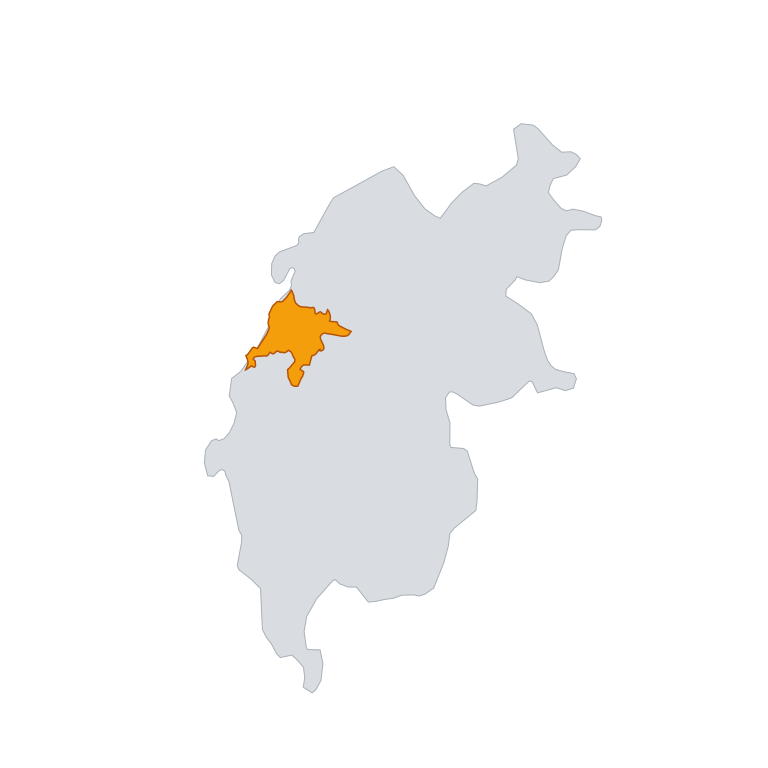 Aargau on a map of Switzerland (Robinson projection), rotated 303°
{"feature_id": "CHE-162", "entity_name": "Aargau", "entity_type": "Canton", "adm_level": 1, "iso_a3": "CHE", "parent_name": "Switzerland", "parent_adm1": "", "projection": "robinson", "projection_center": [8.112, 47.382], "detail": "fine", "context": "in_parent", "style": "filled", "palette": "amber", "viewbox_px": 768, "rotation_deg": 303, "n_neighbors": 0, "source": "natural_earth", "source_scale": "10m", "svg_char_len": 4643}
<svg xmlns="http://www.w3.org/2000/svg" viewBox="0 0 768 768"><g transform="rotate(303 384 384)"><path d="M558.0,264.5L562.0,266.7L571.6,274.0L569.4,286.5L558.8,306.5L553.2,322.8L552.6,335.2L553.7,341.0L555.7,341.0L566.0,341.8L571.3,341.8L587.9,345.2L601.3,350.1L603.9,355.3L605.7,361.7L621.6,370.3L639.7,375.9L645.9,374.1L668.2,353.9L676.9,357.2L682.3,368.0L682.1,373.7L676.2,395.3L675.2,406.8L680.7,414.5L681.3,420.4L679.8,425.9L670.8,426.4L658.7,423.4L648.4,414.1L640.7,415.2L634.0,417.6L630.7,426.4L627.7,436.9L628.7,442.8L633.6,447.3L637.4,456.9L640.2,469.3L642.3,475.0L640.1,477.5L633.8,479.2L628.5,477.5L619.1,462.7L614.7,457.0L607.4,456.1L594.6,459.7L574.9,468.0L566.9,467.9L560.1,466.3L553.7,459.2L548.2,445.6L546.4,437.1L542.7,437.4L530.0,434.9L524.1,438.3L524.2,452.2L523.1,469.5L516.8,480.7L499.3,500.0L492.8,508.4L490.3,514.5L489.7,519.8L492.5,528.9L496.2,537.6L493.2,542.5L483.8,545.1L477.2,539.8L474.6,530.4L460.2,517.6L466.7,506.9L465.6,504.2L442.0,498.6L431.8,490.5L417.5,476.2L414.8,470.1L415.4,450.3L414.6,445.4L412.7,443.1L405.8,443.2L396.1,450.2L387.3,460.5L369.1,472.1L367.2,474.6L373.3,485.9L373.1,490.3L358.3,508.4L355.4,514.3L336.6,525.7L328.0,529.9L301.9,521.6L294.7,520.6L283.1,526.2L266.6,531.5L240.0,536.8L230.2,532.9L225.6,529.3L223.3,523.8L216.7,514.1L209.2,508.4L204.0,502.2L197.0,495.3L192.6,489.6L198.7,471.4L194.4,465.0L192.2,455.8L193.4,449.6L191.0,448.1L167.1,444.5L147.2,445.7L132.9,451.8L121.2,461.9L119.8,464.1L120.5,465.9L126.2,475.2L116.3,485.0L101.1,492.6L90.5,493.4L85.8,491.9L85.7,481.4L94.6,477.5L102.6,470.7L105.4,461.0L106.4,454.3L98.1,446.1L99.2,441.0L104.5,431.5L107.6,423.1L111.8,415.8L128.5,403.8L145.2,391.9L147.8,379.1L149.2,363.6L151.6,359.9L174.0,350.6L179.6,347.0L182.5,341.7L200.2,324.3L217.7,307.1L221.2,301.3L224.2,297.9L224.2,295.1L222.0,293.0L213.7,291.5L211.0,286.1L220.0,276.3L231.3,270.3L242.2,270.2L246.6,273.0L246.4,276.2L251.1,279.7L259.3,280.8L269.6,279.6L279.8,276.0L286.1,267.3L289.7,260.7L305.7,253.2L316.6,257.0L346.9,258.0L368.9,255.9L382.7,250.8L399.8,250.8L411.3,253.7L413.3,253.3L416.5,252.6L419.6,249.9L430.4,248.0L431.9,245.7L431.4,243.4L429.5,242.2L416.2,243.4L411.1,241.6L409.8,237.4L414.1,230.2L423.8,224.3L432.1,222.9L438.1,224.5L452.7,235.4L456.2,235.7L458.2,233.8L461.2,232.7L466.3,234.8L472.0,241.6L472.9,242.6L505.5,240.3L512.8,240.3L534.9,252.2L558.0,264.5Z" fill="#d9dde1" stroke="#a8b0b8" stroke-width="1"/><path d="M389.7,248.3L393.1,249.2L394.6,249.4L395.3,250.1L396.1,251.7L397.0,253.3L398.3,254.0L403.3,255.1L411.8,255.2L412.2,255.1L411.9,256.1L408.9,260.3L406.1,262.7L403.8,265.7L403.2,268.9L403.1,270.6L403.8,272.9L406.8,278.2L407.7,280.7L409.6,282.8L409.9,283.4L409.3,284.7L405.8,287.8L405.6,288.7L405.9,289.1L406.7,289.6L409.3,290.7L409.9,291.3L409.9,292.3L409.6,294.1L409.6,294.7L409.7,295.2L410.0,295.8L411.5,297.3L415.5,296.2L415.1,297.8L413.9,299.6L411.4,302.3L409.1,303.5L408.3,303.8L407.9,303.9L407.5,303.9L407.1,304.0L407.5,305.3L410.4,310.7L408.7,313.5L408.6,314.0L408.5,315.0L409.2,322.0L410.2,327.8L406.4,327.6L404.7,327.0L404.0,326.4L403.0,325.4L401.6,323.4L401.1,322.6L396.7,311.9L395.7,310.0L395.1,308.6L394.7,306.9L394.0,306.0L393.2,305.4L391.0,304.6L388.7,304.8L386.5,307.0L385.9,308.3L382.9,312.9L380.8,314.3L379.6,314.4L378.7,314.0L378.1,313.7L377.6,313.3L377.3,313.0L377.2,312.4L376.9,312.1L376.9,311.9L377.1,311.7L378.1,311.4L377.7,311.1L376.5,310.7L372.9,310.6L370.3,309.8L368.3,308.1L359.2,311.1L356.2,306.1L354.2,305.4L351.3,305.5L350.8,305.5L350.6,305.7L350.5,306.2L350.5,307.5L350.6,308.9L350.6,309.5L350.5,309.8L350.4,310.0L350.2,310.2L349.7,310.5L346.3,311.5L343.3,311.5L335.2,312.9L333.5,310.4L333.3,310.0L333.0,306.8L334.0,305.7L337.2,300.3L337.6,299.9L343.5,295.3L344.5,295.5L345.6,295.9L354.0,297.0L355.0,296.5L356.1,295.9L357.9,292.4L359.4,290.4L360.3,288.6L360.2,285.4L358.5,285.0L357.2,284.4L356.1,283.5L355.5,282.7L354.9,280.4L354.0,279.9L353.9,278.4L354.0,278.1L354.0,277.6L353.7,277.0L352.6,275.9L350.5,275.5L348.9,274.6L348.7,274.3L348.6,273.6L348.6,271.2L344.5,270.9L343.3,270.1L342.9,268.9L339.0,263.9L338.4,262.7L337.6,262.2L336.6,261.0L334.7,260.6L333.9,260.7L333.5,260.9L333.4,261.6L333.3,262.6L333.2,263.2L332.9,263.6L329.5,266.2L327.8,266.4L327.4,265.8L327.1,264.9L327.0,263.9L327.1,263.1L326.6,262.7L326.3,262.6L325.7,262.5L320.9,260.5L320.5,260.2L325.7,259.3L328.2,258.1L330.3,255.9L332.7,252.7L334.5,253.6L343.0,254.0L343.9,254.7L344.3,256.3L344.5,257.8L344.9,258.5L362.1,258.5L368.0,257.4L369.3,256.6L369.9,255.9L370.4,255.1L371.6,254.0L372.6,253.3L375.5,252.0L377.9,251.4L378.8,250.5L379.5,249.7L380.2,249.4L387.3,248.3L389.7,248.3Z" fill="#f59e0b" stroke="#b45309" stroke-width="1.5"/></g></svg>